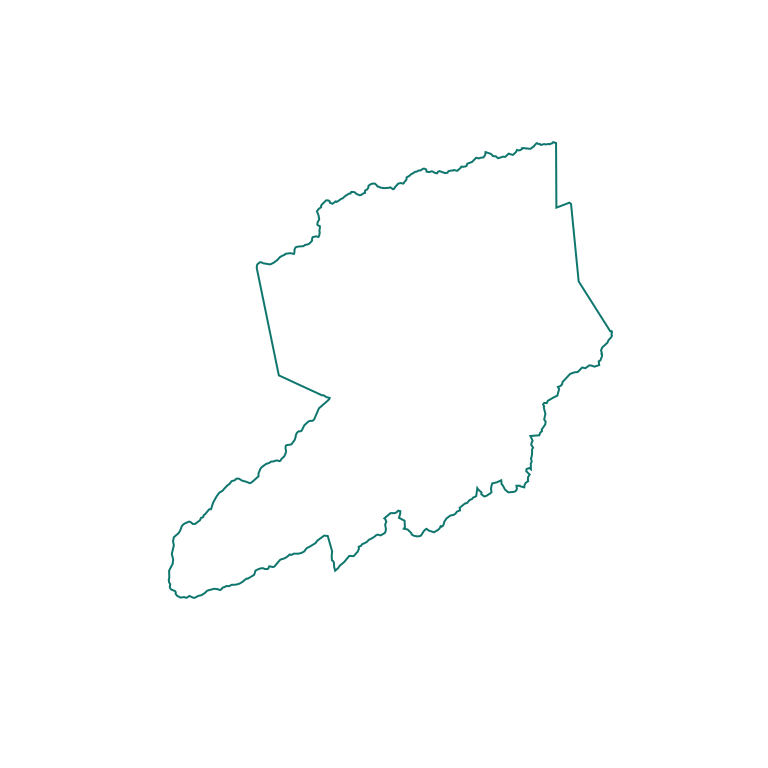 the district of Santa María, Catamarca, Argentina, rotated 220°
{"feature_id": "61730980B13734740101485", "entity_name": "Santa María", "entity_type": "district", "adm_level": 2, "iso_a3": "ARG", "parent_name": "Argentina", "parent_adm1": "Catamarca", "projection": "natural_earth1", "projection_center": [-66.174, -26.722], "detail": "fine", "context": "isolated", "style": "outline", "palette": "teal", "viewbox_px": 768, "rotation_deg": 220, "n_neighbors": 0, "source": "geoboundaries", "source_scale": "gbopen_adm2", "svg_char_len": 6147}
<svg xmlns="http://www.w3.org/2000/svg" viewBox="0 0 768 768"><g transform="rotate(220 384 384)"><path d="M445.5,137.6L446.5,131.5L444.5,127.9L441.4,125.5L437.3,117.4L432.5,113.9L431.2,111.6L430.4,110.8L428.7,103.0L423.9,97.5L423.0,95.6L421.1,93.9L419.0,93.2L417.9,91.1L416.8,90.2L414.8,89.8L410.8,91.1L409.5,90.5L409.1,89.6L408.3,89.2L406.3,88.8L402.5,89.6L400.2,92.3L398.1,93.0L397.3,94.6L396.9,96.5L392.1,97.9L391.0,99.7L390.2,102.1L388.1,104.9L386.9,108.7L386.6,111.9L385.3,114.0L382.3,118.1L379.9,119.7L377.1,120.8L376.6,122.2L376.8,123.8L376.3,125.1L375.8,125.5L374.8,128.1L372.8,129.4L371.6,132.3L368.8,134.7L366.5,137.9L365.3,141.2L364.3,146.4L363.3,147.2L360.8,154.3L362.5,158.5L360.9,162.1L359.2,164.4L358.1,165.2L356.6,165.6L354.5,167.1L354.0,168.1L354.7,170.6L351.3,172.5L350.6,173.8L350.6,182.2L350.0,183.8L348.9,185.2L347.6,187.8L346.9,190.8L346.7,192.8L345.2,193.4L343.9,196.2L340.4,199.1L338.6,201.6L337.5,204.4L337.7,208.0L337.5,209.3L336.7,210.7L334.2,218.0L334.4,221.1L332.4,229.4L329.4,231.4L316.2,222.5L313.5,218.6L310.6,215.5L309.0,215.6L307.3,214.8L304.5,211.7L301.4,209.6L300.8,213.5L301.1,216.7L300.1,221.6L300.1,230.0L296.6,232.6L296.4,238.6L297.2,241.5L298.8,243.1L297.6,245.1L297.8,247.1L295.7,251.6L295.4,255.2L294.6,256.6L293.2,260.6L292.8,263.1L292.0,264.6L289.2,265.9L287.6,270.4L288.2,272.5L289.6,274.4L292.7,277.0L293.8,280.1L296.2,281.3L297.4,281.3L296.0,289.3L292.9,291.9L291.9,293.6L291.7,296.1L289.8,297.1L288.1,294.8L286.5,291.1L280.4,292.5L276.0,287.9L275.8,285.9L272.5,287.7L267.4,287.4L266.0,286.5L263.5,287.0L260.6,288.6L259.1,290.1L258.2,291.7L258.9,296.5L258.9,298.7L258.3,300.4L255.5,300.5L250.4,302.6L248.7,307.3L248.7,309.6L249.2,311.5L248.2,311.7L248.3,312.2L247.7,313.1L248.2,315.1L249.3,317.4L249.7,321.1L248.6,326.0L246.6,328.3L245.9,330.5L246.1,333.1L244.5,336.1L246.5,337.8L245.1,344.7L243.9,346.1L243.9,350.0L242.6,352.5L242.7,354.2L241.3,357.4L245.6,364.2L243.7,363.7L239.6,363.6L238.6,362.1L234.9,362.3L233.7,364.1L232.2,368.7L232.1,370.2L234.6,372.4L236.2,375.0L237.2,377.4L234.3,381.3L232.3,385.6L229.4,382.8L228.2,382.8L223.4,380.9L219.1,380.9L215.4,384.6L214.4,386.3L214.4,388.2L215.1,389.4L217.2,391.2L214.7,393.3L213.9,393.2L210.1,395.0L211.4,397.0L211.9,399.2L211.1,402.2L211.7,402.5L213.8,405.3L214.2,408.3L219.0,408.6L220.1,410.5L218.7,413.0L216.6,413.1L220.4,417.3L220.9,419.4L223.8,421.7L223.9,422.7L225.3,425.1L228.5,429.1L228.9,431.1L232.1,432.0L233.4,434.4L233.6,436.0L238.4,438.3L232.1,444.5L233.0,447.1L232.7,449.5L233.9,450.4L234.5,456.7L236.0,459.1L238.5,459.8L241.2,464.9L246.6,468.8L246.8,469.7L249.0,470.6L249.1,472.5L247.1,474.0L247.7,476.5L245.2,483.4L243.7,486.4L246.6,492.7L248.9,493.5L247.5,496.0L247.4,498.2L248.5,500.4L247.9,511.3L245.8,515.1L243.3,517.7L242.8,524.0L239.9,525.5L238.7,530.3L237.0,531.4L233.9,532.6L231.3,536.8L234.1,539.4L233.4,541.2L234.8,545.2L235.9,546.8L236.8,546.8L237.1,547.8L239.2,549.1L240.1,551.4L240.3,552.4L239.4,559.2L240.2,561.9L240.0,566.0L240.5,567.6L241.6,568.1L242.8,570.5L243.6,570.8L244.5,569.8L300.8,587.7L356.4,642.1L358.5,642.1L365.3,629.9L407.1,679.2L408.5,678.5L409.4,678.4L410.0,677.6L409.8,676.9L409.9,676.3L410.8,675.3L411.0,674.2L412.2,673.7L414.1,671.4L415.5,670.8L417.4,668.0L418.7,668.1L419.6,667.3L421.6,666.8L421.9,666.3L422.1,663.3L421.8,662.4L422.2,661.8L422.9,658.5L424.1,657.4L426.1,656.3L426.5,655.7L428.8,654.5L429.8,653.3L429.3,652.8L430.1,650.5L431.0,649.5L432.6,648.7L432.0,646.4L432.4,642.7L432.7,642.2L436.6,640.6L437.1,636.0L438.9,634.7L441.5,630.6L441.9,630.2L444.6,630.3L447.1,628.6L449.2,629.0L450.6,628.8L455.3,626.9L453.8,624.7L453.4,621.5L455.4,619.5L456.3,617.8L458.8,616.6L459.3,610.7L461.8,606.3L461.0,604.2L461.1,603.5L462.9,601.3L464.5,600.2L464.3,598.5L464.9,594.4L468.0,592.8L468.1,592.3L470.3,590.0L471.4,588.5L471.2,586.6L472.6,584.9L478.4,582.7L479.1,581.3L478.8,579.5L479.3,579.2L480.6,578.5L483.7,577.9L484.8,576.9L485.3,575.6L487.9,574.0L489.2,575.2L489.9,575.4L491.7,574.8L492.4,574.0L493.3,571.1L494.6,569.9L495.3,568.0L496.7,566.3L497.1,564.3L498.1,562.2L498.3,559.9L499.5,556.8L498.2,555.0L498.2,551.4L497.9,550.7L498.2,549.7L500.1,548.9L501.9,546.7L502.1,541.5L501.7,540.1L502.3,539.0L505.6,538.7L506.5,537.3L509.7,534.2L512.9,532.2L514.9,531.8L515.8,531.1L517.7,531.6L519.9,531.6L521.8,529.9L522.5,528.7L523.3,525.9L522.2,524.3L522.0,522.8L522.0,522.0L522.6,520.9L522.6,519.6L521.4,518.1L522.2,517.0L523.2,513.8L524.0,512.9L527.4,511.9L529.3,512.1L530.6,511.6L532.5,510.1L532.1,508.4L533.0,507.7L533.4,506.6L534.5,503.3L535.0,499.7L535.9,498.0L536.8,494.4L537.3,493.1L538.4,492.9L539.3,489.0L541.9,488.1L543.3,489.1L544.6,488.8L546.0,487.9L546.4,487.2L546.9,481.8L546.9,480.3L545.8,479.1L546.6,476.0L546.4,473.2L542.4,471.0L539.4,468.4L538.9,465.4L537.6,463.3L536.7,463.0L534.8,463.7L533.8,462.9L531.8,459.6L530.7,458.9L529.0,455.9L528.7,454.5L530.9,453.5L533.0,450.7L532.5,449.1L531.2,447.5L531.4,443.6L532.1,442.0L533.9,439.7L534.4,437.7L537.6,434.6L539.2,432.7L539.5,431.8L539.0,429.5L537.1,427.1L536.6,425.8L540.0,423.9L543.1,420.4L543.3,418.7L544.3,417.0L545.3,414.2L545.4,410.5L546.5,405.9L548.0,402.5L554.0,398.9L556.4,398.3L557.2,397.7L557.9,394.8L557.7,393.4L556.1,391.1L470.1,323.0L424.1,335.5L423.1,336.5L419.5,337.0L416.7,338.4L416.2,337.3L416.4,335.0L418.2,323.5L414.7,311.8L415.1,309.9L417.1,308.0L417.8,306.7L418.5,301.1L417.1,295.4L417.4,294.3L419.0,292.8L419.3,291.2L419.2,290.0L418.5,287.8L417.8,286.9L416.5,283.8L416.1,278.2L419.5,274.3L419.3,273.1L418.3,271.6L415.6,269.4L414.5,266.8L413.9,264.3L414.4,260.4L414.0,258.8L414.5,257.7L416.5,256.9L418.2,255.1L418.9,253.5L420.2,252.5L420.8,251.5L421.1,249.9L422.9,247.0L423.5,244.8L424.3,240.9L424.0,239.1L422.7,234.9L420.8,232.6L422.1,223.7L423.1,221.7L426.6,220.6L430.8,218.7L434.0,218.3L435.2,217.6L436.3,216.4L436.4,214.4L438.3,211.6L438.1,208.3L439.0,204.8L438.8,204.5L439.1,201.1L439.0,198.7L440.3,194.9L440.0,190.2L438.6,183.1L436.0,176.9L437.1,176.0L437.4,175.2L437.3,169.6L437.8,167.6L437.0,166.1L437.3,165.0L438.1,163.9L437.4,161.2L438.8,155.3L440.5,153.9L443.9,153.9L445.0,153.1L447.0,149.0L447.5,147.2L447.5,145.1L445.9,140.6L445.5,137.6Z" fill="none" stroke="#0f766e" stroke-width="2"/></g></svg>